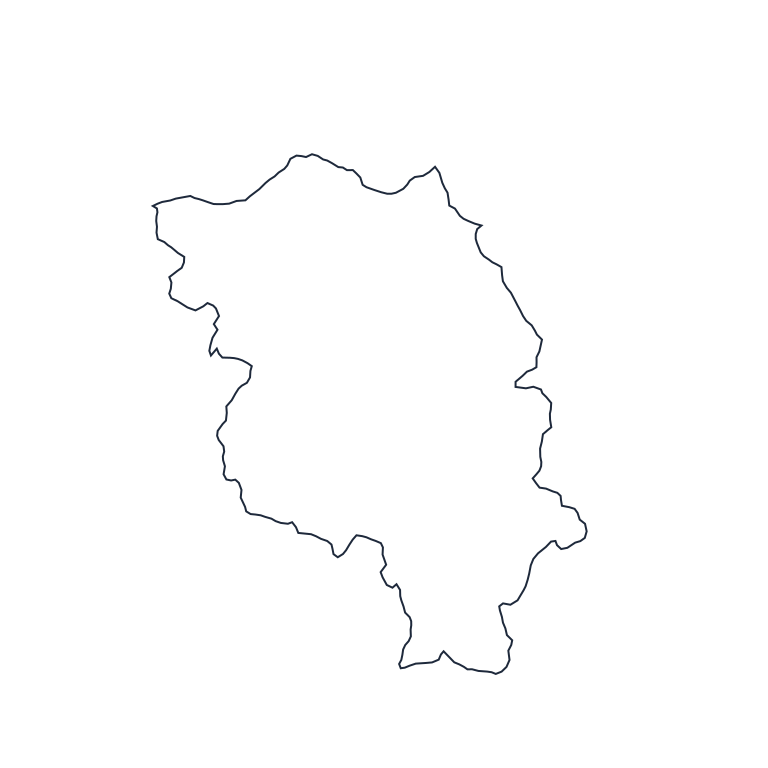 the district of Santa Rita do Passa Quatro, São Paulo, Brazil, rotated 46°
{"feature_id": "56859067B91361452731504", "entity_name": "Santa Rita do Passa Quatro", "entity_type": "district", "adm_level": 2, "iso_a3": "BRA", "parent_name": "Brazil", "parent_adm1": "São Paulo", "projection": "orthographic", "projection_center": [-47.502, -21.677], "detail": "fine", "context": "isolated", "style": "outline", "palette": "slate", "viewbox_px": 768, "rotation_deg": 46, "n_neighbors": 0, "source": "geoboundaries", "source_scale": "gbopen_adm2", "svg_char_len": 3870}
<svg xmlns="http://www.w3.org/2000/svg" viewBox="0 0 768 768"><g transform="rotate(46 384 384)"><path d="M366.2,566.0L375.9,569.3L379.9,571.6L384.9,570.3L388.4,567.3L392.8,563.9L397.0,561.8L402.7,558.5L407.4,557.2L412.3,554.7L417.8,550.2L419.6,546.1L425.9,546.8L431.6,549.1L441.4,540.8L446.4,538.6L451.6,536.9L457.5,533.9L463.0,533.3L466.7,535.5L471.3,538.5L476.5,537.6L477.8,531.6L477.2,526.7L475.5,520.4L474.2,514.6L473.7,508.9L478.4,505.3L482.1,503.1L486.7,501.2L491.1,499.0L496.3,496.8L500.8,498.3L505.7,503.5L515.5,508.0L517.0,517.1L522.1,519.3L530.5,521.6L536.4,519.4L536.7,514.1L543.3,515.5L547.9,519.7L551.6,521.8L557.6,524.5L563.1,527.6L569.5,527.5L573.5,529.2L576.5,532.0L579.1,535.4L584.2,540.0L586.1,544.9L586.5,550.0L588.3,554.7L591.5,558.8L594.5,563.2L595.9,567.6L600.1,569.4L602.5,566.1L604.4,561.3L607.2,555.4L613.9,547.5L617.7,542.8L620.3,536.1L618.1,530.9L617.7,526.8L623.4,526.8L633.0,526.8L638.0,524.6L643.0,523.0L647.2,522.2L650.4,518.8L656.0,515.4L662.6,509.5L666.1,506.8L670.2,505.0L672.6,499.2L672.6,492.4L669.7,485.4L662.2,479.8L660.1,473.7L657.4,469.8L650.0,470.0L644.2,466.5L638.3,464.2L633.5,461.0L627.4,457.9L624.0,455.6L624.5,450.8L630.6,446.4L632.4,438.2L631.0,433.1L629.3,426.8L627.9,422.7L624.6,416.6L621.2,411.2L616.4,404.4L613.6,398.1L612.8,390.8L613.7,380.7L613.4,373.3L616.0,369.7L620.1,371.5L625.8,371.2L629.2,365.9L630.9,356.7L633.4,351.9L634.2,346.5L630.8,340.6L624.2,336.5L617.5,337.4L611.2,334.3L606.2,333.6L601.3,336.3L595.2,340.6L590.3,337.2L587.2,334.7L582.7,334.9L578.5,337.2L571.8,340.1L566.6,344.1L561.1,343.5L555.2,342.6L554.8,337.0L554.3,332.4L552.3,328.1L549.4,325.0L545.0,322.2L538.9,316.6L535.1,310.5L530.5,304.5L530.9,298.0L531.3,293.7L525.1,289.4L520.6,285.3L518.2,281.7L513.8,276.9L506.0,276.3L500.7,276.5L497.0,274.9L489.7,278.5L485.7,284.9L477.5,291.4L473.8,287.8L474.4,278.7L474.4,272.6L476.6,267.5L477.8,262.7L474.3,259.1L470.7,255.7L468.5,249.6L461.8,239.5L454.7,239.7L450.5,238.4L444.4,237.0L437.4,237.8L431.8,236.8L425.5,234.8L420.3,233.4L415.7,232.0L406.5,229.3L400.2,228.9L392.7,227.1L387.8,223.5L381.5,218.3L376.1,219.9L371.7,221.5L367.5,222.1L361.5,223.4L356.5,223.0L347.1,219.2L343.3,217.2L339.8,213.8L337.3,209.3L337.7,203.8L331.6,207.4L325.1,210.2L320.4,212.0L315.7,212.6L307.1,211.1L301.0,213.1L296.3,209.5L290.5,205.4L285.5,204.3L279.8,202.3L270.6,197.5L263.2,196.4L263.0,204.1L261.4,211.3L256.5,218.1L255.6,224.2L256.7,228.7L257.0,234.5L254.7,242.6L252.3,246.5L249.4,249.5L244.1,252.8L237.7,256.2L230.3,259.9L225.9,261.0L219.0,257.6L213.3,257.6L208.5,257.8L204.4,262.1L199.7,263.2L196.2,266.2L189.0,268.0L183.8,269.6L180.2,271.8L173.9,273.2L168.7,276.2L166.6,282.4L162.8,285.0L158.9,288.3L157.0,294.9L159.6,301.8L160.0,306.3L158.7,312.9L158.7,318.5L157.5,324.3L157.1,329.6L157.2,338.3L156.6,343.3L155.8,350.1L155.6,356.1L149.9,362.9L146.7,370.1L142.4,375.3L139.2,378.6L136.1,381.6L130.7,384.4L125.9,386.8L122.4,388.7L118.6,391.1L114.2,392.7L110.4,398.4L106.0,405.0L103.5,410.3L98.9,417.2L97.0,421.7L95.4,426.6L100.0,425.4L103.1,427.7L105.3,431.1L108.5,434.6L113.2,438.1L117.1,442.5L122.7,446.1L129.3,443.4L134.1,443.0L137.8,442.1L146.7,441.2L153.8,439.4L157.6,443.5L159.9,448.8L159.1,454.0L158.0,464.2L163.3,466.4L167.4,471.2L169.8,475.7L174.6,477.4L180.9,475.0L192.4,472.2L200.1,468.5L202.6,460.0L203.1,454.8L208.9,452.4L212.9,452.4L220.5,455.5L222.7,464.8L229.3,466.1L231.6,475.2L235.5,481.9L238.8,486.6L243.3,488.7L242.4,479.7L247.5,481.7L252.7,481.9L258.2,476.5L261.3,473.8L264.5,471.6L268.6,469.5L274.2,467.7L279.3,466.7L281.8,471.0L286.2,475.8L287.9,481.8L286.4,487.5L286.3,491.8L287.7,497.6L289.9,504.8L290.6,513.0L295.6,517.2L300.5,523.1L300.7,527.9L302.2,536.2L305.3,540.0L309.5,541.8L317.3,542.7L321.6,545.9L324.1,550.2L327.1,552.7L332.7,555.6L337.5,562.1L343.2,563.7L347.2,561.0L349.5,557.4L354.3,557.1L361.2,560.1L366.2,566.0Z" fill="none" stroke="#1e293b" stroke-width="2"/></g></svg>